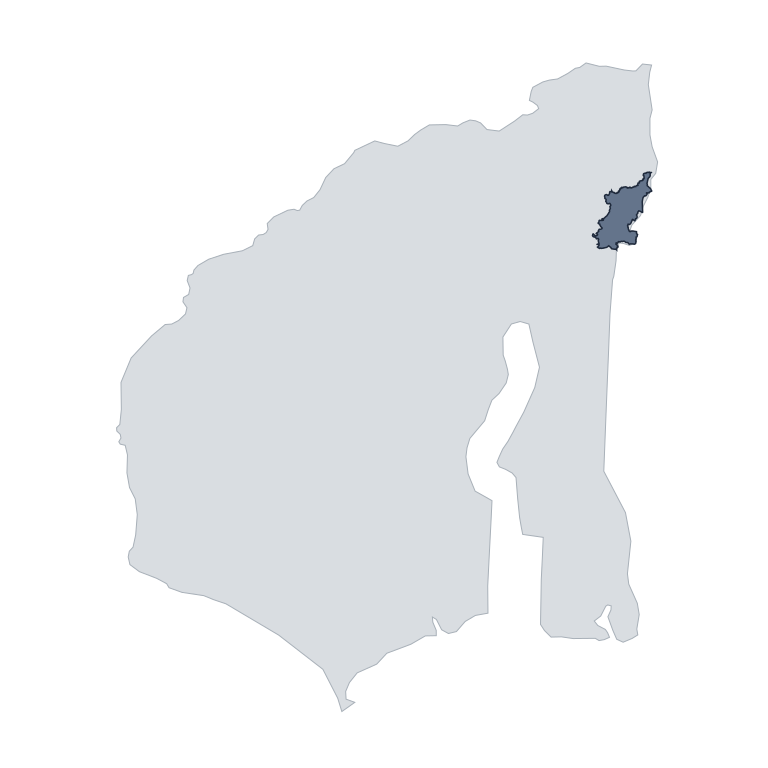 Salemata, Kédougou, Senegal (highlighted), rotated 272°
{"feature_id": "50182788B75788529380727", "entity_name": "Salemata", "entity_type": "district", "adm_level": 2, "iso_a3": "SEN", "parent_name": "Senegal", "parent_adm1": "Kédougou", "projection": "robinson", "projection_center": [-12.812, 12.604], "detail": "fine", "context": "in_parent", "style": "filled", "palette": "slate", "viewbox_px": 768, "rotation_deg": 272, "n_neighbors": 0, "source": "geoboundaries", "source_scale": "gbopen_adm2", "svg_char_len": 9009}
<svg xmlns="http://www.w3.org/2000/svg" viewBox="0 0 768 768"><g transform="rotate(272 384 384)"><path d="M616.5,346.7L626.6,366.3L624.4,375.7L622.1,389.5L627.8,399.5L634.5,406.0L639.2,412.0L644.5,420.3L645.4,436.7L644.4,448.6L647.8,453.9L650.8,460.7L650.2,466.4L648.3,471.4L641.9,478.0L640.8,490.3L651.2,505.2L657.9,513.3L657.8,518.0L659.7,523.1L664.6,529.0L667.7,527.6L671.0,522.8L672.5,519.4L681.5,520.9L685.7,522.4L691.4,532.2L693.5,538.7L694.9,546.8L700.9,557.0L706.2,564.2L707.2,568.6L711.9,574.7L709.0,588.1L709.4,595.0L706.2,613.1L705.5,621.6L705.7,624.8L712.8,631.2L712.1,640.3L704.9,638.7L692.4,637.7L667.3,642.4L658.7,640.5L642.2,641.1L630.4,643.7L615.5,649.7L604.0,648.2L597.7,643.5L589.5,643.8L580.2,641.3L570.4,636.8L561.3,634.5L551.6,626.2L547.0,624.7L543.8,626.9L541.2,629.7L538.3,631.4L533.1,629.9L531.1,624.2L532.7,618.8L533.2,614.6L530.7,612.4L524.8,611.6L515.2,611.6L499.7,609.9L496.2,608.8L461.5,607.4L425.6,607.3L395.2,607.1L356.7,606.9L329.7,606.8L304.5,606.7L285.0,617.8L263.9,629.8L235.5,636.2L202.9,633.9L192.5,635.6L181.7,640.9L173.7,644.8L162.5,647.1L147.9,645.2L142.1,646.4L138.4,640.9L134.3,632.0L137.0,625.5L145.8,621.3L159.2,615.9L166.1,618.7L170.2,618.8L171.0,615.3L169.7,613.4L159.7,608.7L154.5,602.4L150.1,606.1L146.4,613.8L143.3,616.1L138.7,618.2L136.2,613.0L135.1,607.9L137.2,604.0L136.2,581.9L137.5,570.1L136.9,559.8L143.2,553.0L149.2,548.8L172.5,548.4L194.2,548.0L215.1,548.3L236.3,548.5L238.5,527.9L245.3,526.3L255.3,524.2L274.1,521.6L295.1,519.2L299.5,515.2L303.0,508.4L305.2,502.2L309.6,499.6L315.4,501.7L323.1,504.9L331.0,509.9L340.1,514.5L346.2,517.4L360.8,524.7L385.7,534.8L406.2,538.8L431.1,531.4L449.0,526.7L451.2,517.8L448.4,509.2L435.1,501.2L417.0,502.1L411.4,504.3L402.9,506.9L397.8,507.9L389.3,506.1L378.5,499.3L371.6,492.4L362.1,489.1L350.8,485.9L332.6,471.7L323.2,469.2L314.2,468.4L297.0,471.2L280.1,478.8L271.2,496.0L254.4,495.8L218.6,495.2L185.7,494.7L158.6,495.9L155.9,483.4L149.5,473.4L139.1,465.0L136.9,457.1L140.4,450.2L150.5,444.6L152.8,440.5L147.6,441.1L139.6,444.8L134.3,445.0L133.7,434.1L124.9,420.0L115.0,396.2L103.8,386.5L94.4,367.3L84.5,359.9L75.4,356.4L67.7,357.1L64.8,365.9L55.2,353.3L68.4,348.7L96.7,332.9L129.4,287.5L158.8,233.7L162.6,221.0L166.2,211.3L168.7,189.4L172.9,176.3L176.8,173.8L181.8,163.7L187.9,146.1L194.6,136.4L202.2,134.4L208.0,135.3L212.2,138.9L224.5,141.1L244.8,142.0L260.5,139.4L271.6,133.3L286.2,130.2L304.2,130.1L313.7,127.5L314.7,122.5L317.0,121.0L320.8,123.0L324.4,122.2L327.7,118.6L331.0,118.3L334.3,121.4L349.4,122.4L376.4,121.1L401.2,130.4L424.0,150.1L435.8,163.2L436.5,169.8L440.3,176.5L447.1,183.2L453.4,184.4L459.1,180.2L463.5,180.6L466.7,185.7L473.2,186.8L480.5,183.7L485.7,184.7L486.6,187.8L487.8,189.4L491.3,190.1L496.0,194.0L502.6,204.5L508.0,219.1L512.2,237.8L517.7,248.0L524.5,249.7L528.5,253.5L529.2,258.0L531.2,261.0L534.5,262.7L540.3,261.7L547.1,268.0L554.3,281.8L555.5,288.0L554.3,291.3L554.8,293.7L559.6,296.1L564.2,300.6L567.9,307.3L576.0,313.3L588.4,318.6L597.4,326.5L602.8,336.9L614.2,345.7L616.5,346.7Z" fill="#d9dde1" stroke="#a8b0b8" stroke-width="1"/><path d="M528.4,592.7L528.3,592.9L528.0,592.9L527.8,593.3L527.5,593.5L527.5,594.0L527.3,594.4L527.0,594.6L527.1,595.0L527.4,595.5L527.3,595.9L527.1,596.3L527.2,596.5L527.2,596.9L527.5,598.8L527.6,599.1L527.8,599.2L527.8,599.7L528.1,600.7L528.3,601.7L529.0,602.7L529.6,603.3L530.0,603.8L529.7,604.1L529.0,605.0L528.5,605.8L528.2,606.1L527.4,606.4L527.1,606.7L526.8,609.0L526.7,610.6L526.6,611.1L526.4,611.4L527.0,611.1L527.1,611.3L527.1,611.9L528.2,612.0L528.6,612.4L528.6,612.7L528.9,612.9L529.0,613.0L529.5,612.7L529.6,613.0L529.9,613.1L530.0,612.4L531.3,612.0L531.6,611.1L531.8,610.9L532.3,611.1L533.0,611.0L533.2,611.4L532.9,611.9L532.8,612.3L533.5,612.9L533.8,613.1L534.2,613.1L534.5,613.3L534.4,614.4L534.1,614.9L534.5,615.4L534.9,616.2L534.7,617.3L535.0,618.0L535.1,619.0L534.8,619.7L533.9,620.8L533.9,622.4L533.8,622.9L532.7,623.6L532.3,624.3L532.3,624.6L532.6,625.2L532.7,627.1L532.7,628.0L532.5,628.8L532.5,629.6L532.7,629.8L532.9,630.2L533.1,630.5L533.8,630.6L534.0,630.8L535.3,630.7L535.6,631.0L536.1,630.7L536.5,630.5L537.1,630.8L537.4,630.6L537.9,630.9L539.5,630.8L539.5,631.0L540.0,631.7L540.8,631.9L541.3,631.9L541.5,632.0L542.3,632.2L542.5,632.0L542.7,631.5L543.1,631.2L543.4,631.1L543.9,631.2L544.5,631.0L545.1,631.0L545.5,627.8L545.7,627.4L545.3,626.5L545.5,626.2L545.4,625.3L544.9,624.9L544.8,624.6L545.0,624.4L545.5,623.6L546.0,623.4L546.3,623.5L546.7,623.2L546.8,623.0L547.6,622.7L548.7,622.7L548.9,622.4L549.3,622.2L550.1,622.3L550.5,621.9L551.0,621.9L551.3,622.1L552.2,622.3L552.2,622.7L552.0,622.8L551.8,623.1L551.9,623.5L552.5,624.5L553.8,625.4L554.2,625.4L555.1,625.9L555.6,625.9L556.1,626.3L557.0,626.4L557.2,626.6L557.1,627.1L556.9,627.4L555.9,628.5L556.0,629.1L558.0,629.7L558.1,630.4L559.2,631.1L559.9,631.1L560.8,631.0L561.5,630.5L561.8,630.4L563.3,631.5L563.8,631.8L564.2,631.6L564.7,631.7L565.9,632.5L565.8,633.3L565.4,634.3L564.5,636.0L564.5,636.4L564.7,636.5L574.3,635.8L574.8,635.7L577.3,636.0L579.4,636.4L579.6,636.6L579.9,636.7L580.4,637.3L581.1,637.7L581.0,637.9L581.1,638.2L581.1,638.7L581.3,638.9L581.4,639.3L582.2,639.9L582.5,640.2L583.0,640.2L583.6,639.9L583.8,639.7L584.2,639.7L584.3,639.9L584.3,640.4L584.0,640.7L584.1,641.0L584.2,640.9L584.0,641.1L584.2,641.6L584.4,641.8L584.4,642.0L584.4,642.3L584.7,642.3L585.1,642.6L585.2,643.1L585.4,643.4L586.0,644.7L586.4,644.6L586.6,644.7L586.8,644.6L587.1,644.2L587.9,644.0L588.5,643.6L588.7,643.3L589.3,642.8L589.4,642.4L590.6,641.2L591.3,640.2L591.7,640.1L592.9,640.2L593.5,639.8L593.8,639.8L594.2,639.9L594.4,640.0L595.3,640.2L595.8,640.2L597.4,640.6L598.6,640.8L599.0,641.1L600.2,642.2L600.6,642.5L602.0,642.8L603.3,642.6L603.7,642.8L604.3,643.3L604.7,643.7L604.8,643.5L604.6,642.6L604.7,642.2L605.1,641.6L605.0,641.4L604.7,641.3L604.7,641.1L604.6,640.5L604.8,639.9L604.4,638.9L603.7,638.5L603.9,637.6L603.6,637.3L603.5,636.6L603.2,636.1L602.5,635.9L601.9,636.0L601.7,635.8L601.3,636.0L601.1,636.5L600.9,636.6L600.1,636.6L599.2,636.8L598.9,636.9L598.7,636.8L598.6,636.5L598.3,636.6L598.1,636.5L597.9,635.8L597.5,636.0L597.3,636.0L597.1,635.7L597.0,635.4L596.8,635.5L596.5,635.5L596.4,635.4L596.1,634.3L596.1,633.6L595.8,633.1L595.6,632.3L595.4,632.1L594.7,632.1L594.5,632.3L594.3,632.2L594.1,631.9L593.8,632.0L593.7,631.8L593.7,631.0L593.4,631.0L592.8,630.6L592.5,630.7L591.8,630.5L591.6,630.8L591.4,630.9L591.2,630.7L591.2,629.6L590.4,628.6L590.1,628.6L590.1,627.5L590.3,627.2L590.2,627.1L589.9,627.2L589.5,626.8L589.4,626.1L589.5,625.9L589.0,625.5L588.9,625.0L588.6,624.5L588.7,624.4L588.6,623.8L589.0,623.6L589.1,623.1L589.3,622.9L589.2,622.7L589.1,622.3L588.9,622.1L588.6,622.1L588.5,621.8L588.6,621.0L588.4,620.9L588.3,620.6L588.4,620.2L588.8,620.1L589.3,619.7L589.3,619.1L589.5,618.5L589.4,618.1L589.3,617.6L589.2,617.0L589.2,616.7L588.8,616.3L588.5,615.8L588.4,615.5L588.9,615.1L588.9,614.9L588.7,614.9L588.4,615.1L588.2,614.7L588.3,614.5L588.0,613.6L587.7,613.3L587.3,613.7L586.9,613.3L586.7,612.8L586.3,613.0L585.8,612.8L585.2,612.1L585.0,611.7L584.8,611.7L584.8,612.1L584.5,612.3L584.3,612.2L584.1,611.9L583.6,611.6L583.6,610.8L583.2,610.8L583.0,610.5L583.2,610.1L582.6,609.8L582.6,609.2L582.6,608.4L582.8,608.3L582.9,607.5L583.4,607.4L583.5,607.2L583.5,606.5L583.6,606.2L583.8,606.0L583.9,605.8L583.8,605.1L584.1,604.9L584.5,605.0L584.8,605.0L585.1,604.8L584.5,604.8L584.1,604.0L584.2,603.2L583.7,602.8L582.1,602.8L581.1,602.1L580.5,601.9L580.3,601.2L580.4,600.8L581.0,600.2L581.1,599.8L581.0,599.3L580.7,598.6L580.4,598.2L579.8,597.9L579.0,597.9L578.4,598.2L577.1,598.3L576.5,599.3L576.1,599.6L575.8,599.6L574.6,599.3L574.1,599.3L573.8,599.7L573.2,600.1L572.3,600.4L572.0,600.9L571.9,601.8L572.0,602.5L572.3,602.8L572.4,603.0L572.3,603.5L571.1,604.3L570.7,604.4L570.4,604.4L570.1,604.3L569.5,603.7L569.2,603.6L568.3,603.8L567.5,604.1L565.7,603.3L565.2,603.2L564.8,603.4L564.2,603.4L563.5,603.1L563.1,602.7L562.7,602.6L561.7,602.0L560.8,601.4L560.3,601.2L559.9,600.9L558.8,599.6L557.3,598.2L557.0,597.8L557.0,597.4L556.8,596.3L556.5,596.1L556.3,596.9L556.0,597.3L555.7,597.6L555.3,597.4L555.1,596.6L555.0,595.3L555.0,594.7L555.2,593.8L554.9,593.3L553.3,593.1L552.4,592.4L552.0,592.5L551.6,593.2L551.2,593.8L551.2,594.1L550.8,594.1L550.4,594.2L549.6,594.8L549.0,595.0L547.7,596.4L547.5,596.5L546.9,596.4L546.6,595.9L546.2,595.0L546.1,594.2L546.2,593.8L546.0,593.5L545.4,593.3L544.8,592.9L543.9,593.2L542.3,591.2L541.9,591.0L541.7,590.9L541.6,591.6L541.2,592.1L540.9,592.2L540.5,592.2L540.3,592.1L540.0,591.7L539.9,591.4L539.6,591.3L539.5,590.5L539.5,589.7L541.1,588.2L541.3,587.8L541.0,587.5L539.5,587.2L539.3,587.4L538.9,587.6L538.7,587.8L538.3,588.6L538.1,589.8L537.9,590.2L537.4,590.7L536.5,591.2L536.5,591.4L536.6,591.9L537.0,592.8L536.8,593.1L536.3,593.4L536.0,593.5L535.7,593.3L534.9,593.1L534.4,593.2L533.0,593.5L532.5,593.8L532.0,594.0L531.6,593.6L531.4,593.2L531.2,592.3L531.0,592.1L530.9,592.2L531.1,593.1L531.1,593.8L530.5,594.2L529.2,593.5L528.8,593.2L528.4,592.7Z" fill="#64748b" stroke="#1e293b" stroke-width="1.5"/></g></svg>